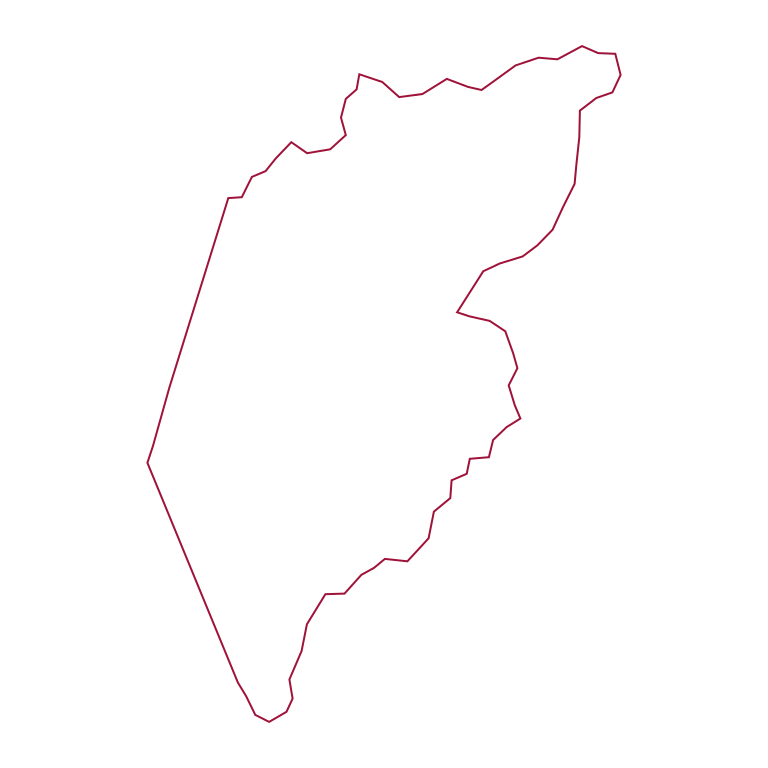 the district of Condado, Pernambuco, Brazil
{"feature_id": "56859067B41671423367831", "entity_name": "Condado", "entity_type": "district", "adm_level": 2, "iso_a3": "BRA", "parent_name": "Brazil", "parent_adm1": "Pernambuco", "projection": "natural_earth1", "projection_center": [-35.084, -7.604], "detail": "fine", "context": "isolated", "style": "outline", "palette": "rose", "viewbox_px": 768, "rotation_deg": 0, "n_neighbors": 0, "source": "geoboundaries", "source_scale": "gbopen_adm2", "svg_char_len": 1020}
<svg xmlns="http://www.w3.org/2000/svg" viewBox="0 0 768 768"><path d="M237.9,682.6L246.1,696.1L255.3,714.9L269.1,721.9L286.5,711.8L292.6,698.6L289.4,679.5L301.6,651.0L306.9,624.3L325.4,594.2L344.5,593.6L361.4,574.8L374.1,567.8L384.9,558.9L407.4,561.3L428.6,538.3L433.9,511.6L450.3,498.1L451.6,480.3L466.7,473.8L469.8,458.8L488.9,457.2L493.1,440.0L506.6,427.1L520.4,418.5L514.8,405.3L508.7,385.4L517.4,368.2L513.2,353.4L505.3,331.3L489.7,320.9L469.3,316.3L457.1,312.3L483.3,271.2L499.7,263.5L522.7,256.4L537.3,245.4L552.6,229.7L562.9,207.3L574.6,183.9L576.4,164.3L579.3,137.3L579.9,110.6L596.3,98.0L612.4,92.4L620.6,74.9L615.3,53.8L598.1,53.1L582.0,46.1L557.4,59.3L538.6,57.7L515.6,65.4L492.3,82.3L481.5,90.0L468.0,86.9L446.8,78.9L422.5,94.0L399.2,97.1L382.3,82.0L359.3,74.3L356.6,89.4L345.8,98.9L341.0,117.6L345.8,135.1L330.2,149.3L307.1,153.2L291.3,142.2L275.7,158.5L265.6,171.1L251.9,176.9L241.8,197.2L228.3,198.1L169.3,387.8L152.9,446.2L147.4,462.8L237.9,682.6Z" fill="none" stroke="#9f1239" stroke-width="2"/></svg>